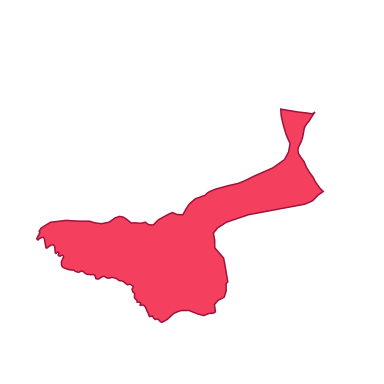 Cavala, Grand Gedeh, Liberia, rotated 209°
{"feature_id": "62588387B63271162227743", "entity_name": "Cavala", "entity_type": "district", "adm_level": 2, "iso_a3": "LBR", "parent_name": "Liberia", "parent_adm1": "Grand Gedeh", "projection": "mercator", "projection_center": [-8.18, 6.013], "detail": "fine", "context": "isolated", "style": "filled", "palette": "rose", "viewbox_px": 384, "rotation_deg": 209, "n_neighbors": 0, "source": "geoboundaries", "source_scale": "gbopen_adm2", "svg_char_len": 2980}
<svg xmlns="http://www.w3.org/2000/svg" viewBox="0 0 384 384"><g transform="rotate(209 192 192)"><path d="M154.6,307.6L150.8,301.7L144.4,294.6L137.8,288.1L132.7,284.1L129.8,282.1L127.1,274.3L127.0,273.9L126.8,265.2L133.0,252.3L144.5,237.2L151.9,226.6L155.2,222.6L155.9,221.8L163.4,215.1L172.7,206.0L174.0,204.4L176.7,201.1L178.2,198.4L178.9,195.5L179.6,194.8L182.6,191.3L185.8,187.7L188.5,180.3L189.0,174.5L189.0,167.7L189.7,167.3L194.3,165.0L199.1,164.6L201.8,161.2L203.2,158.9L203.4,158.7L207.6,151.9L208.0,151.2L209.9,144.4L213.9,142.4L218.3,142.9L221.6,139.8L228.0,136.9L229.8,135.4L232.9,135.9L236.0,136.5L238.8,136.6L240.0,136.7L243.5,135.6L246.8,132.0L249.8,125.5L255.8,120.4L258.6,119.3L261.6,118.1L262.0,117.9L267.5,116.8L274.6,112.9L275.8,112.2L282.1,109.1L288.3,106.2L291.9,103.6L295.6,100.9L301.1,96.9L303.3,93.1L306.5,87.3L306.6,83.6L306.4,83.6L305.3,82.5L305.3,80.5L305.3,77.8L305.1,75.9L304.0,75.3L303.3,75.5L302.9,77.3L301.7,78.9L300.2,80.3L298.4,79.5L296.9,77.6L292.7,72.4L291.8,72.5L291.0,74.3L289.7,77.0L288.3,78.3L287.3,78.5L285.6,77.7L283.6,74.7L282.2,72.6L281.2,72.3L280.9,73.1L280.7,74.0L279.9,74.3L279.3,74.6L278.8,74.0L278.7,73.2L278.5,72.0L277.8,71.6L276.2,71.9L275.8,72.9L274.7,73.8L274.0,73.9L272.9,73.1L272.6,69.4L272.3,67.5L271.1,65.3L269.6,63.9L268.1,63.5L265.4,63.8L263.0,64.1L262.2,64.4L260.4,65.0L257.5,66.3L255.5,66.0L252.3,66.7L251.2,68.1L250.1,69.6L248.4,69.6L246.1,69.1L243.6,69.1L242.3,69.9L240.5,70.5L238.6,71.8L236.7,72.1L235.3,70.9L234.1,69.7L232.8,69.9L231.4,70.7L230.5,72.6L229.0,74.9L227.9,75.7L225.2,75.6L223.7,75.9L222.3,76.8L220.7,78.5L216.3,79.7L212.8,79.2L212.0,79.4L210.6,80.2L209.0,80.5L206.7,80.0L204.7,79.7L203.3,79.6L202.7,80.2L201.9,81.2L201.1,81.3L198.0,81.1L197.3,80.0L197.4,77.9L195.2,75.8L193.1,75.5L192.5,74.4L191.7,72.6L191.0,71.5L189.2,70.8L187.8,70.8L187.3,70.2L186.8,69.1L185.8,69.3L185.0,70.0L183.6,70.1L182.9,70.0L182.9,69.6L182.9,68.8L182.4,67.8L181.6,68.1L180.6,69.2L179.1,69.5L177.0,68.8L176.3,68.2L174.3,66.6L170.1,63.7L169.9,63.1L168.7,62.4L167.5,63.5L166.6,64.4L164.5,63.2L162.4,62.6L161.9,63.2L161.3,63.8L159.7,64.3L156.7,63.2L155.5,63.5L155.1,63.4L151.8,68.6L149.1,77.0L146.8,79.9L144.4,82.8L137.3,86.9L136.4,87.0L128.4,88.0L121.8,89.6L118.2,94.0L114.5,96.5L113.4,98.5L115.8,101.8L117.8,104.5L116.7,109.8L112.9,115.6L114.2,122.3L114.4,122.5L117.8,128.5L117.1,130.7L127.9,144.3L132.4,149.6L145.0,154.2L148.8,160.9L153.4,166.5L152.1,173.2L147.2,182.3L131.6,199.5L110.1,217.3L87.4,236.1L85.6,238.4L82.3,242.8L81.3,246.4L80.1,250.8L77.4,256.1L81.9,257.3L85.9,259.2L89.4,260.9L93.4,263.7L98.8,266.1L99.2,266.4L103.9,269.0L108.6,272.8L113.8,275.2L115.9,276.4L117.4,277.2L117.7,277.5L118.7,278.7L119.4,279.5L119.6,279.8L119.8,280.5L120.7,283.4L120.8,288.0L121.6,292.9L123.6,299.0L124.3,301.0L124.7,302.2L124.9,304.6L124.8,305.6L124.7,307.7L124.0,311.0L123.7,317.3L123.3,321.6L124.5,318.8L125.2,318.5L129.8,316.8L138.0,313.4L153.4,307.9L154.6,307.6Z" fill="#f43f5e" stroke="#9f1239" stroke-width="1.5"/></g></svg>